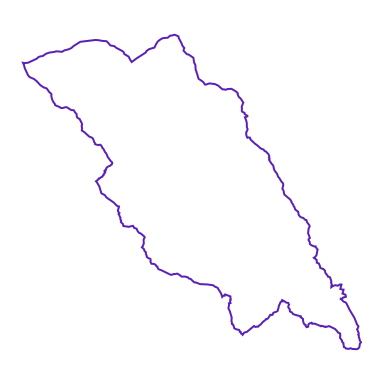 the district of Baile Olanesti, Vâlcea, Romania
{"feature_id": "2599482B90151586146319", "entity_name": "Baile Olanesti", "entity_type": "district", "adm_level": 2, "iso_a3": "ROU", "parent_name": "Romania", "parent_adm1": "Vâlcea", "projection": "mercator", "projection_center": [24.186, 45.236], "detail": "fine", "context": "isolated", "style": "outline", "palette": "violet", "viewbox_px": 384, "rotation_deg": 0, "n_neighbors": 0, "source": "geoboundaries", "source_scale": "gbopen_adm2", "svg_char_len": 5957}
<svg xmlns="http://www.w3.org/2000/svg" viewBox="0 0 384 384"><path d="M343.3,342.8L343.9,347.0L345.0,347.5L345.9,348.5L348.9,348.9L350.6,348.2L352.1,348.9L356.7,349.2L357.7,348.9L359.3,347.4L359.9,343.7L361.0,342.3L359.8,340.5L359.5,338.6L358.9,337.6L358.8,335.4L358.2,334.7L358.7,334.1L358.7,333.1L357.1,329.3L358.1,327.6L358.4,326.2L356.7,324.1L356.7,323.5L354.4,317.8L349.7,310.0L346.5,303.5L345.6,302.4L343.5,301.6L342.0,299.9L340.0,298.5L342.1,298.8L343.0,297.6L345.9,296.8L345.5,294.7L342.5,293.6L343.2,291.6L343.5,289.6L342.3,289.6L340.3,289.0L341.5,284.6L340.9,284.4L339.6,284.6L338.0,285.7L335.2,285.2L332.7,286.1L331.3,287.2L331.3,286.1L331.9,284.7L331.0,282.5L331.4,281.4L330.1,277.6L329.6,277.0L327.9,276.6L327.4,275.3L325.5,273.2L324.9,270.6L323.5,269.1L320.2,267.9L320.1,266.5L318.9,263.5L316.8,262.7L316.9,261.4L316.6,260.8L316.6,259.8L313.9,257.8L315.3,256.8L316.5,255.1L317.6,249.4L316.8,248.7L316.5,248.0L315.7,247.2L315.6,246.4L314.5,246.5L311.3,245.2L309.9,244.0L309.7,242.0L308.5,239.9L308.6,239.2L309.9,237.9L308.1,233.3L308.6,228.6L309.7,226.3L309.3,225.2L307.1,222.3L306.3,220.0L305.3,219.9L303.2,217.9L301.6,217.5L300.1,216.7L298.7,214.9L298.1,211.7L295.3,209.6L294.3,206.9L293.6,206.1L293.3,204.9L291.7,202.7L291.5,201.7L290.3,199.6L284.3,194.5L283.5,190.6L282.4,188.8L283.3,185.1L283.0,183.3L281.2,181.3L279.4,178.2L278.2,176.8L277.5,175.3L277.3,174.1L274.5,170.4L273.9,168.7L273.2,165.4L271.6,163.8L269.1,159.9L269.0,159.4L269.6,159.0L269.5,158.1L268.9,157.5L269.3,156.1L268.4,154.1L266.1,151.7L264.5,150.9L263.6,149.6L260.6,148.4L257.6,145.6L254.9,143.6L250.5,139.5L250.0,137.7L248.4,137.4L247.6,137.8L247.1,137.4L246.3,135.1L246.2,132.3L247.2,130.6L247.6,129.1L246.9,127.3L246.7,122.4L246.0,119.9L244.9,117.3L247.4,116.4L247.4,115.8L244.7,114.1L244.5,112.8L242.4,111.9L241.8,111.0L241.9,108.2L241.7,106.7L243.3,102.6L240.7,98.6L238.8,96.9L237.6,94.3L237.8,93.7L237.4,92.7L235.1,90.9L231.4,88.8L227.4,89.1L225.6,89.8L224.4,89.4L222.4,89.3L218.2,85.6L215.0,84.1L209.4,83.4L205.9,84.6L205.1,84.6L203.0,81.8L198.5,78.7L197.3,74.4L196.6,72.7L196.4,71.3L195.6,69.7L195.4,65.1L194.1,62.5L193.4,57.8L188.7,54.6L186.9,54.2L183.6,50.8L183.6,49.8L184.3,48.0L182.6,46.0L181.3,42.8L178.8,38.1L178.4,36.3L174.8,34.8L173.7,34.9L172.6,35.4L170.0,35.7L167.8,37.7L162.7,38.2L160.3,39.5L157.8,41.5L156.1,44.1L154.4,47.6L149.2,49.1L146.6,50.9L145.6,52.6L136.7,58.3L131.7,62.0L130.2,59.8L128.6,56.6L124.3,54.0L123.6,52.1L122.1,50.9L116.2,47.8L114.2,46.1L110.3,45.4L108.1,42.7L106.5,41.2L102.4,40.9L98.0,40.1L95.2,40.0L80.3,41.8L73.6,46.0L71.3,48.1L68.3,49.4L64.4,50.4L62.0,51.8L56.2,51.3L54.8,51.8L48.9,52.7L45.9,53.8L42.8,56.0L40.3,56.4L38.4,57.1L36.9,58.6L28.4,62.6L25.1,63.1L23.0,62.8L24.0,65.0L24.7,68.0L25.3,69.3L28.0,75.2L29.5,77.0L34.2,79.1L37.0,81.5L40.5,85.3L43.5,87.3L46.8,88.5L49.2,92.0L51.1,93.7L51.5,94.3L51.3,95.3L51.5,97.0L52.1,99.4L53.4,102.1L54.7,103.7L55.2,105.2L59.9,107.2L60.7,107.9L62.2,108.1L66.0,107.1L67.8,107.7L68.7,108.5L71.4,110.1L73.7,110.2L75.3,112.7L76.6,114.1L76.8,116.3L77.2,117.5L78.4,118.5L79.5,118.8L81.8,123.3L82.1,124.7L81.6,125.8L82.1,128.4L81.8,129.9L81.9,130.6L84.3,132.1L89.1,136.5L92.0,137.7L92.7,138.3L93.3,139.4L94.2,142.0L94.8,142.7L94.9,143.9L95.3,144.3L98.3,145.1L100.1,144.7L101.3,145.6L102.4,147.9L103.3,148.7L105.1,152.2L106.3,153.5L107.7,156.9L110.9,161.3L112.0,162.2L112.3,163.3L111.7,164.5L110.8,165.0L110.3,165.7L107.7,166.7L106.2,168.3L106.1,169.1L105.5,169.7L105.7,170.1L105.1,170.5L105.2,171.3L104.6,171.3L105.1,172.5L104.4,173.0L104.4,173.7L103.7,174.2L103.4,174.8L103.5,175.4L102.7,175.8L102.2,176.8L101.3,177.1L99.6,178.4L99.5,178.2L98.8,178.5L97.9,179.8L96.0,181.3L96.9,182.3L99.3,186.4L101.4,193.3L104.8,195.1L106.4,197.4L113.7,202.5L116.2,205.1L117.6,206.2L119.0,206.5L118.7,208.0L117.9,210.3L118.0,211.2L118.7,212.1L118.7,213.0L119.3,213.2L118.6,214.1L119.3,215.1L119.5,216.0L120.5,217.8L120.3,219.1L121.2,220.8L120.8,221.6L120.9,222.1L123.0,224.1L123.4,226.1L127.6,226.6L128.3,226.9L132.9,225.8L133.6,226.7L134.0,227.8L136.7,228.8L137.4,230.7L138.9,232.7L141.1,233.7L144.5,236.7L144.7,237.6L143.9,238.8L143.6,239.9L143.8,243.4L142.9,245.9L141.9,247.3L143.8,248.9L144.6,251.1L145.9,252.2L145.8,253.6L146.7,255.8L146.7,256.8L148.2,258.1L150.3,258.8L150.7,260.1L150.4,261.7L151.4,263.7L154.1,264.0L155.5,264.7L156.6,266.5L157.4,266.6L157.8,268.1L158.5,269.2L161.3,270.2L170.7,274.8L172.6,274.6L173.7,274.0L175.0,274.1L177.2,273.6L179.7,275.0L181.6,276.6L185.3,276.6L187.9,277.4L188.9,278.5L190.6,278.9L194.2,282.4L195.6,282.4L200.1,284.1L207.8,284.5L213.2,285.3L215.0,286.7L217.5,287.7L221.1,293.5L222.2,296.9L223.1,295.9L224.5,295.7L224.3,295.2L225.1,294.4L230.4,296.4L230.3,297.9L230.7,298.5L230.7,299.9L230.2,300.0L230.1,301.4L230.5,303.0L228.9,303.3L229.1,304.8L228.4,308.2L229.9,311.5L231.7,317.5L231.5,320.9L231.9,322.7L232.0,324.0L232.8,324.3L233.0,325.0L233.5,325.3L234.2,328.1L234.9,328.7L237.0,329.5L239.1,329.9L239.6,330.7L239.7,331.7L240.7,332.0L240.7,332.8L241.4,333.8L241.9,333.8L242.6,334.8L244.2,332.6L246.9,331.9L254.0,326.0L255.5,327.0L256.9,326.5L257.9,326.8L259.3,325.4L260.8,324.4L262.7,322.1L265.6,319.8L266.0,319.1L267.0,319.0L268.1,318.3L270.3,314.8L270.9,314.7L271.6,315.1L272.6,314.7L273.2,313.0L273.7,312.6L276.4,311.7L277.6,311.0L278.6,307.5L278.9,305.6L279.9,303.8L280.3,302.5L281.9,301.0L281.8,300.7L282.1,300.4L282.3,300.6L282.3,300.2L284.7,301.4L286.0,302.5L288.2,302.9L289.1,304.6L288.4,305.7L288.3,307.4L289.8,309.4L289.8,311.0L290.0,311.5L292.0,312.5L292.8,313.8L294.1,314.5L300.9,316.4L300.6,317.2L303.0,318.9L303.1,321.1L303.9,323.7L305.8,325.2L305.5,325.7L306.6,327.2L308.2,326.7L308.4,324.6L308.9,323.8L311.6,322.7L312.1,323.1L312.3,323.8L314.6,323.6L320.3,325.9L320.8,325.8L321.0,326.2L322.5,325.9L323.9,326.6L325.1,326.6L325.1,326.9L325.4,327.1L329.1,326.1L335.1,329.0L337.5,331.6L337.9,332.5L339.8,333.2L340.1,333.7L340.3,335.6L340.0,337.8L342.0,340.6L341.9,341.0L342.5,342.4L343.3,342.8Z" fill="none" stroke="#5b21b6" stroke-width="2"/></svg>